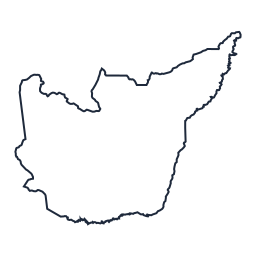 Santa Clara, Pastaza, Ecuador (Mercator projection)
{"feature_id": "8360857B98127475553098", "entity_name": "Santa Clara", "entity_type": "district", "adm_level": 2, "iso_a3": "ECU", "parent_name": "Ecuador", "parent_adm1": "Pastaza", "projection": "mercator", "projection_center": [-77.834, -1.262], "detail": "fine", "context": "isolated", "style": "outline", "palette": "slate", "viewbox_px": 256, "rotation_deg": 0, "n_neighbors": 0, "source": "geoboundaries", "source_scale": "gbopen_adm2", "svg_char_len": 5684}
<svg xmlns="http://www.w3.org/2000/svg" viewBox="0 0 256 256"><path d="M239.5,37.5L240.3,37.4L240.5,36.9L240.6,34.7L239.7,32.5L239.1,31.9L236.0,32.3L234.8,33.3L231.8,33.2L231.1,33.8L230.1,36.2L229.5,36.5L228.1,36.7L226.7,38.7L225.0,39.9L223.1,41.7L222.8,42.9L222.4,43.1L221.1,43.1L220.4,43.4L219.8,44.1L218.5,46.5L219.0,48.4L218.6,49.1L207.4,49.0L205.6,50.2L203.0,50.9L200.9,52.3L196.1,54.0L193.6,54.6L192.6,57.5L192.9,59.1L191.6,60.2L190.1,61.2L185.5,62.4L184.4,63.2L182.5,63.4L179.9,64.6L178.0,65.9L176.7,67.3L173.2,68.3L172.6,69.0L172.1,70.5L170.6,71.8L169.4,72.3L163.5,73.9L161.8,73.6L161.0,74.1L160.2,74.2L159.4,74.2L157.7,73.4L156.5,73.5L155.9,73.1L154.4,73.6L153.6,73.6L152.8,73.3L151.9,72.5L151.7,72.5L149.7,76.6L149.6,78.6L148.9,79.8L147.8,80.2L148.1,80.9L147.8,82.7L147.0,83.9L146.5,85.0L136.8,85.0L135.0,81.3L133.6,79.8L132.6,79.3L131.6,79.5L130.7,79.2L129.8,79.4L129.3,79.2L128.7,78.6L128.4,77.4L126.8,75.6L106.1,75.5L105.9,75.1L105.1,74.5L105.2,72.4L104.7,71.3L104.1,70.4L101.8,68.6L101.2,70.1L100.3,71.3L99.7,74.4L98.5,77.7L98.1,79.5L95.4,84.9L92.8,89.2L91.8,90.3L91.5,91.3L92.1,93.2L91.9,96.5L92.2,97.3L92.6,98.0L94.9,99.7L95.4,100.7L95.9,101.2L97.3,102.1L98.1,102.9L99.0,106.8L100.3,108.9L99.2,110.9L98.5,111.1L96.3,110.9L94.5,111.6L92.6,111.7L87.6,109.9L86.7,109.7L84.9,111.0L84.3,111.2L83.5,111.2L82.4,110.6L79.8,108.9L78.4,108.4L78.1,108.1L78.0,106.3L73.8,103.5L73.4,103.4L72.2,103.9L70.4,103.9L69.3,103.4L66.8,101.5L66.7,101.1L67.6,99.4L67.6,99.0L65.1,97.5L64.6,96.2L64.4,94.6L63.8,94.4L62.5,94.3L60.2,93.0L59.3,92.7L58.7,92.8L57.7,93.8L56.8,94.2L54.6,92.9L52.9,92.6L51.5,93.1L49.3,94.6L48.4,95.9L47.7,96.3L47.1,95.7L46.4,94.2L45.8,93.9L43.9,93.9L42.0,93.0L41.2,92.4L40.1,91.1L40.0,88.8L40.3,87.4L40.8,86.4L40.9,84.6L42.7,84.1L43.6,83.4L43.7,82.8L43.1,81.7L41.1,81.1L40.9,80.8L41.2,78.9L39.4,75.3L39.0,75.0L37.7,74.8L36.2,74.9L34.9,74.7L33.7,74.8L30.9,76.1L29.3,77.7L27.0,79.5L25.4,79.9L22.5,80.3L22.0,81.0L21.8,82.3L20.1,85.8L20.1,90.1L19.6,92.2L25.5,139.1L23.6,140.0L23.2,140.4L22.2,143.0L21.7,144.7L21.3,145.2L19.6,146.0L18.7,147.3L16.7,147.9L16.3,148.3L15.4,151.8L15.8,153.6L15.8,155.3L16.3,156.7L17.0,156.8L18.0,159.1L19.6,159.9L20.2,160.7L20.6,161.4L20.9,163.4L21.5,164.7L26.1,169.6L27.4,170.3L31.3,173.6L31.9,174.5L33.0,177.0L33.0,178.7L31.0,179.0L29.9,179.5L28.9,179.6L28.0,180.2L23.9,186.5L27.5,187.7L28.3,188.6L28.6,189.6L29.9,190.9L30.9,190.5L31.9,190.5L33.9,191.2L35.7,191.3L36.7,190.9L37.5,190.1L38.0,190.0L39.0,190.2L42.5,191.7L45.1,194.4L45.6,195.6L47.2,208.8L60.7,216.6L63.9,216.4L64.6,216.1L66.1,216.2L66.9,217.2L67.8,217.4L67.9,217.8L67.4,218.7L67.9,219.5L69.4,220.0L71.2,219.7L73.1,220.9L74.5,221.4L75.0,222.2L75.9,222.0L77.3,221.0L77.5,221.7L77.7,221.8L78.1,221.7L78.4,221.4L78.9,220.1L80.2,220.8L80.5,220.2L80.5,219.0L80.9,219.7L81.4,219.2L82.0,219.9L82.7,220.3L82.9,220.2L82.9,219.6L84.0,220.0L84.5,218.9L86.3,220.8L85.6,221.5L85.7,221.9L86.4,222.0L86.5,222.5L86.8,222.7L87.1,222.2L87.4,222.1L88.0,224.1L88.3,223.9L88.6,223.0L89.5,223.3L90.9,222.6L92.2,222.6L92.5,222.1L93.1,222.9L94.0,222.1L95.6,222.3L96.5,223.1L97.9,222.8L100.3,223.4L101.1,223.1L101.4,222.7L101.7,221.4L102.2,221.5L102.9,223.2L103.7,223.4L104.2,222.3L105.4,222.0L105.5,221.3L107.6,220.6L109.1,220.5L108.8,221.8L109.0,222.0L110.8,220.1L111.5,220.5L111.8,220.4L113.0,218.4L113.5,218.4L113.8,219.4L114.0,219.5L116.1,218.7L117.0,219.3L117.8,218.5L119.1,218.5L118.9,217.4L119.0,216.9L119.9,216.6L120.2,215.8L120.5,215.5L121.5,215.8L122.3,215.7L122.5,215.5L121.8,214.5L122.0,214.4L123.6,214.4L125.0,214.7L126.2,214.3L127.7,214.2L128.0,214.0L129.6,214.5L129.9,214.3L129.4,213.5L129.7,213.3L133.4,213.8L134.2,213.1L135.1,213.0L137.5,212.3L140.7,214.3L142.2,214.4L143.0,214.1L143.6,215.1L145.8,215.9L146.1,216.0L147.2,214.5L147.5,214.6L147.6,216.3L148.0,216.4L148.9,215.0L151.4,215.2L152.6,214.5L156.4,213.2L157.9,211.2L159.7,210.5L162.2,208.9L163.0,207.8L163.5,206.7L163.4,205.1L164.0,202.7L164.3,202.0L165.4,201.1L165.9,197.8L165.8,196.6L167.7,193.7L168.6,192.0L168.6,191.5L167.7,189.9L168.0,189.2L169.1,188.1L169.5,187.4L170.8,183.1L170.6,181.8L170.9,180.8L172.3,178.7L172.5,177.6L172.3,175.3L173.9,174.2L174.5,171.2L174.1,169.1L174.5,166.6L175.3,163.3L176.7,162.1L176.7,159.3L178.1,156.2L178.5,155.0L178.3,152.7L180.6,150.2L182.0,149.3L183.9,147.3L184.8,146.0L183.8,143.4L184.1,142.6L184.9,142.3L185.6,141.6L185.2,127.7L185.2,120.9L185.8,120.6L187.3,118.0L189.8,117.7L190.6,116.2L191.7,115.3L193.6,114.5L195.1,112.5L195.1,111.6L196.1,110.9L197.0,110.6L196.6,109.5L196.7,108.9L197.1,108.7L198.3,109.5L202.4,108.2L203.0,106.9L203.8,106.7L203.5,105.3L203.8,104.9L204.2,104.8L205.3,104.9L207.2,104.2L208.7,101.7L210.4,101.4L210.7,100.3L212.0,98.2L211.7,97.7L211.0,97.3L210.8,96.9L211.6,96.8L213.1,97.7L214.0,97.4L215.4,94.7L216.5,93.3L216.4,91.8L216.9,90.1L217.5,90.0L218.6,90.2L219.2,90.0L219.5,89.2L220.1,88.3L219.8,86.5L220.9,85.5L221.6,84.3L221.1,83.7L219.9,83.0L219.8,82.8L221.6,81.9L221.9,81.4L222.0,80.2L222.9,79.0L222.6,76.3L221.7,76.0L221.5,75.6L222.6,75.5L222.4,74.4L222.7,73.8L224.0,74.4L225.3,73.2L226.3,73.1L228.0,70.6L229.8,68.9L230.0,68.3L228.3,67.9L228.1,67.6L228.5,66.2L229.5,65.5L229.4,65.3L228.6,65.2L229.4,64.4L229.4,64.0L228.7,63.9L228.7,63.7L230.5,63.2L230.6,62.9L230.1,62.4L229.2,62.0L229.0,61.7L229.6,60.0L229.0,59.1L229.1,58.7L229.9,58.3L229.3,56.6L229.5,54.6L229.7,54.4L230.0,54.5L231.0,55.2L232.2,55.0L234.6,55.1L235.5,54.7L236.3,54.0L236.1,53.8L234.1,53.3L232.5,52.3L232.4,51.9L232.5,51.3L233.6,49.3L233.6,48.8L233.1,48.0L233.1,46.7L233.5,46.3L234.9,45.8L235.2,45.1L234.6,43.2L234.7,42.0L234.0,40.6L234.5,40.2L235.4,40.7L236.1,40.6L236.1,38.6L236.4,38.0L236.8,37.9L237.8,38.3L238.4,38.2L239.5,37.5Z" fill="none" stroke="#1e293b" stroke-width="2"/></svg>